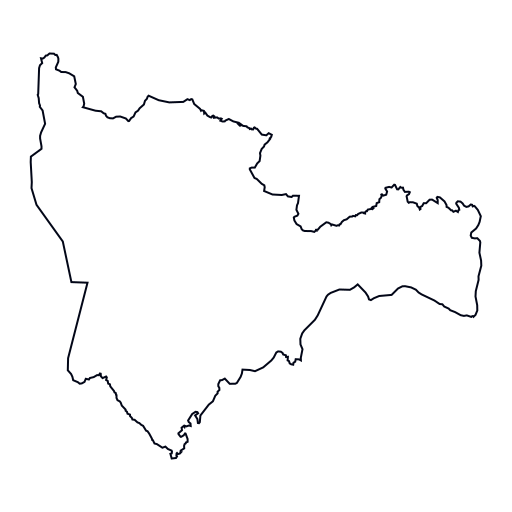 outline of Tuy, Tuy, Burkina Faso
{"feature_id": "67063806B52798800731394", "entity_name": "Tuy", "entity_type": "district", "adm_level": 2, "iso_a3": "BFA", "parent_name": "Burkina Faso", "parent_adm1": "Tuy", "projection": "natural_earth1", "projection_center": [-3.482, 11.43], "detail": "fine", "context": "isolated", "style": "outline", "palette": "ink", "viewbox_px": 512, "rotation_deg": 0, "n_neighbors": 0, "source": "geoboundaries", "source_scale": "gbopen_adm2", "svg_char_len": 6022}
<svg xmlns="http://www.w3.org/2000/svg" viewBox="0 0 512 512"><path d="M192.3,99.4L191.2,99.1L189.8,100.1L187.4,99.2L183.3,101.9L169.3,102.4L158.7,100.2L148.6,95.7L147.6,96.8L146.9,98.8L145.0,100.8L143.9,104.5L139.6,108.3L138.0,110.7L135.5,112.4L133.6,116.5L131.1,118.1L129.1,121.0L128.3,121.1L125.9,118.5L120.2,116.5L116.1,116.7L113.0,118.4L109.8,118.2L107.4,117.3L106.0,115.7L105.4,113.8L103.7,113.3L101.2,111.3L95.5,110.7L82.9,107.2L83.6,106.3L84.2,103.6L82.9,96.8L77.8,93.0L77.2,90.8L74.5,87.3L75.8,84.0L74.2,76.3L69.2,73.3L65.7,72.1L61.2,72.0L59.5,70.7L56.0,69.3L55.8,67.4L58.3,61.8L58.4,58.8L58.0,57.3L56.7,54.9L55.3,55.0L54.0,53.7L49.5,53.5L47.3,55.4L45.8,55.6L44.3,57.6L42.7,58.6L41.0,58.3L42.2,63.1L40.0,65.2L39.1,68.1L38.2,94.0L37.7,94.8L38.7,98.1L39.1,103.2L40.0,105.5L39.8,106.8L42.6,110.5L45.1,123.8L41.1,132.4L40.1,135.8L40.1,138.5L41.5,146.3L41.5,148.8L30.9,156.6L30.7,162.1L31.8,182.1L31.5,188.1L36.5,204.8L62.8,241.5L71.4,282.1L87.5,282.7L68.1,358.2L67.8,370.3L71.1,374.0L72.4,376.8L73.2,380.2L77.9,382.2L79.7,383.7L81.8,383.4L84.5,381.9L85.8,378.8L88.9,379.5L89.9,378.0L93.7,377.1L97.1,375.1L98.9,375.2L99.9,373.5L100.7,373.7L100.9,376.3L102.6,378.1L106.1,376.5L106.8,377.4L106.1,380.0L107.7,380.9L108.2,383.6L109.9,384.3L110.3,386.4L114.0,391.0L114.5,392.4L115.8,393.1L116.0,394.8L116.5,395.1L116.5,397.9L117.5,400.2L119.8,401.4L120.7,402.6L121.8,405.6L125.6,409.6L125.6,410.7L127.0,411.8L127.5,413.7L130.0,414.6L130.1,416.2L131.8,417.8L132.4,419.5L134.6,419.8L137.5,422.4L139.4,423.1L141.3,424.9L143.1,425.8L146.1,430.7L147.5,431.2L149.2,433.6L151.9,438.6L152.2,440.0L152.9,440.2L154.5,443.5L156.9,444.1L162.4,447.7L165.4,446.6L167.9,449.0L171.6,450.6L172.0,451.7L171.7,453.4L170.4,453.8L171.7,458.5L176.0,458.0L177.0,456.4L176.4,455.7L176.6,453.4L177.0,453.0L177.9,454.1L179.9,453.5L180.9,452.4L180.4,452.4L180.7,450.6L184.2,448.4L184.1,445.8L184.6,444.1L185.7,443.4L185.9,442.5L187.6,441.8L187.6,439.0L185.6,433.6L185.1,433.4L183.7,435.3L181.2,436.8L180.6,436.8L178.5,434.1L178.4,433.3L182.0,430.2L181.6,427.7L183.7,426.0L184.5,427.0L184.8,425.8L186.3,426.4L189.0,425.5L190.7,426.0L190.5,423.5L188.7,422.0L188.1,420.5L192.2,414.0L195.5,411.8L197.4,412.1L198.1,413.3L195.1,415.4L197.4,419.1L197.9,423.0L199.0,423.2L199.8,422.2L200.4,415.5L208.8,404.6L212.9,401.3L215.3,395.7L217.6,393.4L217.6,391.7L219.4,390.0L219.3,387.8L218.3,386.2L218.3,384.1L220.1,380.3L222.0,380.1L224.8,378.6L229.7,383.8L235.4,383.7L236.9,382.9L240.6,376.9L241.9,373.5L242.5,369.6L249.9,370.0L255.0,371.2L263.2,367.4L271.3,360.5L273.7,357.6L276.3,352.5L278.1,351.4L280.9,351.7L282.6,353.0L283.2,354.5L285.9,355.3L286.1,357.0L287.9,356.8L287.6,360.4L289.0,361.1L289.7,363.4L291.2,364.3L293.2,364.7L293.5,362.7L295.2,361.7L295.7,359.2L299.1,359.4L300.9,360.4L300.8,357.8L302.5,349.2L300.5,344.5L300.3,338.8L302.2,333.4L304.4,330.3L314.9,319.8L317.7,315.4L326.5,296.5L328.0,294.7L330.7,292.9L339.4,289.5L349.9,289.8L354.1,287.4L357.7,284.4L365.5,292.5L368.1,296.5L369.0,299.4L370.9,300.1L373.9,298.2L379.2,296.0L391.6,294.9L398.0,288.5L402.4,286.3L405.1,286.2L411.1,287.4L415.9,289.7L418.6,292.5L421.6,294.4L434.4,300.5L439.6,304.0L442.4,304.3L444.2,306.5L448.7,308.6L450.2,310.2L455.1,312.1L460.7,315.2L463.9,315.9L466.8,315.4L471.3,316.9L472.3,316.1L473.3,316.1L473.6,316.7L475.5,314.9L477.3,310.5L477.2,305.2L475.5,296.5L475.8,291.1L478.6,279.9L478.5,276.3L481.3,265.7L481.1,260.6L479.4,252.7L480.3,242.4L479.9,240.9L477.3,238.2L474.8,238.4L471.8,237.8L470.7,235.5L471.3,232.5L476.1,228.5L478.3,225.1L479.6,221.9L480.8,216.2L477.8,209.9L474.8,206.3L474.1,205.9L472.7,206.4L472.1,204.8L470.8,204.5L468.6,206.4L466.4,206.9L464.1,205.7L462.6,203.4L460.5,201.6L457.8,201.3L456.4,202.7L456.2,203.7L458.9,207.8L459.3,209.8L458.5,210.2L457.9,212.0L455.9,210.7L453.4,211.8L452.1,210.3L451.1,210.3L448.4,207.7L446.6,206.9L446.5,205.0L444.5,201.4L439.9,197.4L437.4,196.9L436.7,197.8L437.7,200.1L437.7,203.1L432.1,199.6L429.6,199.7L426.2,203.2L423.7,203.2L422.2,206.0L420.1,207.1L420.5,209.0L419.8,209.5L419.3,207.9L417.3,205.9L416.8,203.7L413.0,202.3L409.7,202.2L408.8,202.8L407.7,201.7L406.6,196.3L406.9,195.5L409.0,194.1L409.8,192.2L408.8,191.7L404.9,191.9L403.4,189.7L403.0,187.7L401.2,187.7L400.3,187.0L398.3,189.4L397.1,189.3L395.0,184.9L394.2,184.7L391.6,187.5L389.1,186.9L385.5,187.8L385.3,188.6L387.1,191.5L386.2,194.7L383.3,195.6L381.9,194.3L381.3,194.6L381.7,196.0L380.9,197.8L379.4,199.2L379.2,202.2L376.7,203.1L376.2,206.0L372.6,206.9L372.0,207.5L373.3,208.3L372.4,209.2L371.3,208.9L367.8,209.6L367.0,211.1L366.4,211.0L365.1,212.3L365.1,213.5L363.9,213.2L363.9,212.6L361.3,212.5L358.1,214.0L357.1,215.2L355.8,215.1L355.3,216.3L353.0,215.9L352.3,216.5L349.7,216.7L346.7,219.3L343.9,220.2L341.9,221.9L340.5,224.2L339.6,224.3L339.1,225.5L337.7,225.3L336.5,225.8L332.2,224.5L331.3,225.3L330.9,224.2L328.5,222.7L326.3,222.3L320.3,226.7L317.8,229.7L316.2,229.8L316.5,230.7L315.6,230.7L314.3,231.9L311.2,231.1L304.7,231.0L302.9,230.4L301.7,229.2L300.6,226.4L296.6,224.1L294.4,220.5L293.8,217.5L294.4,216.8L297.4,215.6L298.4,213.8L296.4,209.8L297.0,205.3L298.0,203.1L299.0,195.8L293.0,195.7L291.6,197.0L287.9,196.4L286.0,194.1L281.7,195.0L272.5,194.5L264.1,191.0L264.7,187.2L264.3,185.3L261.7,183.8L256.7,178.9L254.5,178.0L249.8,169.4L249.8,168.4L251.6,167.6L254.8,167.6L257.2,163.4L259.6,161.1L260.4,155.7L260.0,153.1L261.7,148.9L264.0,146.5L264.6,144.6L267.4,142.4L270.2,138.8L269.8,138.3L271.2,136.9L271.8,134.8L268.7,133.2L266.3,135.3L261.8,134.6L257.1,128.8L256.1,128.7L254.6,127.4L253.9,127.7L253.2,129.4L251.8,129.4L251.3,128.7L249.9,129.0L249.9,128.4L247.3,127.3L246.6,126.3L243.1,125.9L240.8,124.2L240.5,125.6L239.9,125.7L238.1,123.9L239.4,123.4L238.9,122.8L233.3,121.4L228.8,119.0L225.5,120.5L224.7,121.4L222.5,121.5L220.4,120.7L221.7,118.8L220.9,118.4L218.8,118.6L217.1,117.4L213.8,117.8L213.6,117.1L214.2,116.3L213.3,115.6L212.4,115.9L211.2,117.5L210.0,117.1L207.4,115.6L205.3,112.6L204.2,113.5L203.9,110.9L201.5,110.2L201.0,110.7L200.1,108.9L194.2,104.0L192.3,99.4Z" fill="none" stroke="#020617" stroke-width="2"/></svg>